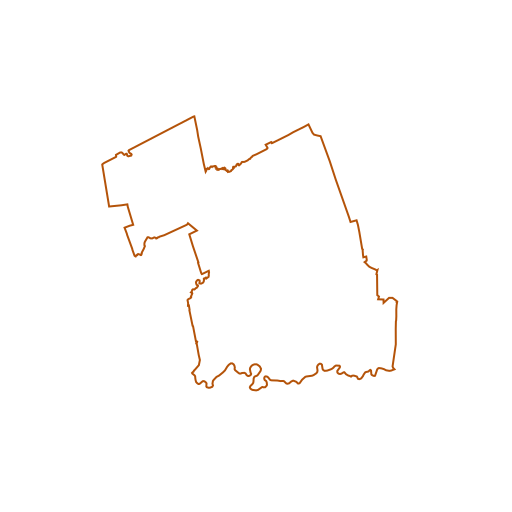 Corbii Mari, Dâmbovita, Romania, rotated 125°
{"feature_id": "2599482B2224953601134", "entity_name": "Corbii Mari", "entity_type": "district", "adm_level": 2, "iso_a3": "ROU", "parent_name": "Romania", "parent_adm1": "Dâmbovita", "projection": "robinson", "projection_center": [25.473, 44.533], "detail": "fine", "context": "isolated", "style": "outline", "palette": "amber", "viewbox_px": 512, "rotation_deg": 125, "n_neighbors": 0, "source": "geoboundaries", "source_scale": "gbopen_adm2", "svg_char_len": 6114}
<svg xmlns="http://www.w3.org/2000/svg" viewBox="0 0 512 512"><g transform="rotate(125 256 256)"><path d="M269.3,434.4L299.7,404.7L291.8,395.5L287.5,391.0L289.2,389.3L300.9,374.5L303.6,376.8L308.2,379.9L311.8,374.6L312.6,373.7L321.1,361.5L321.8,360.8L325.4,355.7L325.5,354.9L325.4,354.3L324.1,354.4L323.6,353.9L323.1,354.1L322.0,353.7L321.8,352.7L321.2,351.7L321.4,351.1L321.3,350.8L321.0,350.6L319.6,350.9L319.0,351.4L318.1,351.6L314.7,352.0L311.6,352.7L311.2,353.6L309.4,354.8L308.0,355.2L302.9,355.6L302.4,355.0L302.2,354.2L302.1,352.6L301.1,351.1L299.1,350.0L298.6,348.4L298.9,347.8L298.6,347.5L298.0,347.2L297.4,347.2L296.8,346.9L296.5,346.4L295.6,346.2L291.6,343.1L270.3,330.7L269.3,330.4L268.2,330.5L269.1,319.0L276.5,323.1L284.0,313.5L294.3,299.5L294.8,299.6L301.4,291.1L301.5,290.7L301.9,290.0L301.7,289.8L295.2,286.2L296.3,285.1L298.2,284.2L299.0,283.5L300.3,282.9L302.6,283.7L302.3,284.0L302.3,284.6L302.6,284.8L303.4,285.0L304.2,285.7L304.5,285.7L304.9,285.0L305.6,285.0L306.2,284.4L307.6,284.1L308.5,284.2L310.1,285.1L310.7,286.1L310.8,286.7L309.8,287.3L309.2,287.5L308.4,288.2L308.6,289.4L308.8,289.8L309.2,290.1L310.4,290.3L311.8,290.2L312.8,289.3L313.6,288.2L313.7,287.5L313.4,287.1L313.4,286.7L313.9,286.3L315.9,286.3L317.0,286.9L318.3,287.1L318.8,287.3L319.4,288.5L320.2,288.8L322.1,288.2L323.1,288.4L323.1,288.0L322.7,287.4L323.2,286.7L326.6,286.0L326.8,285.5L327.3,285.4L328.0,285.5L330.2,286.7L331.4,286.8L333.5,284.6L335.7,283.2L335.0,282.6L338.2,279.5L338.6,279.5L349.3,268.2L349.2,268.1L349.9,267.0L360.4,256.2L359.9,255.8L359.9,255.0L360.8,254.7L362.0,254.7L362.1,254.4L361.9,254.2L369.8,246.3L373.4,242.3L378.2,240.2L384.1,240.8L385.6,241.1L386.5,240.8L387.5,241.2L388.5,241.3L388.8,240.7L389.0,237.9L389.4,236.9L391.2,235.4L392.5,234.1L393.6,232.7L393.9,231.2L393.9,229.8L393.5,229.2L392.6,228.7L390.0,228.1L388.8,227.6L388.2,226.3L388.3,224.6L388.7,223.5L391.3,221.9L391.7,221.1L391.1,219.2L390.2,218.1L388.2,216.8L386.7,217.0L385.6,218.4L383.1,219.6L381.8,219.6L377.7,219.0L375.2,217.7L370.3,216.3L367.5,215.8L363.2,216.1L360.8,215.9L358.5,215.1L357.6,213.8L357.6,212.1L358.3,210.7L359.5,209.4L360.9,208.7L361.5,207.6L361.8,203.6L361.8,202.2L361.1,201.1L359.9,200.4L358.3,198.4L358.2,197.1L358.9,195.5L359.0,194.2L358.7,193.4L357.8,192.6L356.4,192.1L355.7,192.2L355.2,192.5L354.6,193.6L352.2,196.1L351.0,196.6L349.2,196.7L347.7,196.4L346.7,195.9L345.5,195.0L344.4,193.4L344.2,192.2L344.3,189.6L345.5,187.2L346.7,186.6L347.9,186.3L352.4,186.3L353.6,186.6L355.1,187.7L356.0,188.0L357.6,187.7L360.6,185.9L361.6,185.5L363.2,185.5L365.5,186.0L367.0,185.8L367.8,184.7L367.9,183.2L367.7,182.1L366.0,178.8L364.5,177.5L360.0,175.9L359.6,175.6L359.3,174.6L358.2,173.2L355.9,172.9L355.0,173.3L353.3,174.8L352.6,176.0L352.6,177.7L352.1,178.5L351.5,179.1L350.6,179.5L349.8,179.5L349.3,179.3L348.8,178.6L348.4,177.5L348.5,176.3L349.3,173.7L349.3,172.9L348.9,171.9L345.7,167.0L344.4,164.2L342.8,162.1L342.5,161.1L342.9,158.9L343.0,158.1L342.7,157.1L341.4,155.9L338.5,155.1L336.8,154.1L336.7,153.9L336.0,151.1L336.1,149.8L336.4,148.8L336.3,148.3L335.5,147.5L334.8,147.3L330.9,147.3L326.7,146.3L325.8,145.6L321.9,141.4L320.5,140.5L317.4,139.3L315.8,139.3L314.4,140.0L312.2,142.1L311.4,142.5L310.4,142.7L309.0,142.6L307.6,142.0L307.1,140.9L307.2,139.7L310.4,136.6L310.8,135.6L310.8,134.8L310.7,133.9L309.1,132.0L305.9,129.7L304.4,128.9L302.8,128.5L301.6,128.4L300.3,127.9L299.8,127.6L298.0,124.7L298.2,124.1L298.5,123.7L299.3,123.4L303.4,123.5L304.4,122.9L304.9,122.1L305.0,121.3L304.9,120.3L304.3,119.3L303.3,118.5L301.2,117.6L300.6,117.1L300.6,116.7L301.2,114.5L301.0,111.7L300.5,110.5L300.3,109.0L299.1,108.7L298.3,107.9L297.8,107.1L296.9,104.3L297.1,103.7L298.1,102.1L297.7,100.8L296.5,99.9L295.7,99.6L293.0,99.5L291.4,99.8L288.7,99.8L288.0,99.4L286.2,97.7L284.0,97.2L283.7,97.0L283.8,96.1L286.7,93.7L287.0,93.0L286.8,91.3L286.5,90.4L285.8,89.8L279.3,91.7L277.7,91.4L277.2,90.9L276.1,88.8L275.3,86.3L275.0,83.9L273.6,80.9L272.4,79.6L269.4,77.6L269.0,79.5L268.1,80.8L248.2,90.8L235.6,99.7L229.3,103.9L228.3,104.3L225.0,106.4L219.2,110.5L215.5,112.7L212.7,114.0L213.0,114.4L212.2,114.9L212.0,120.2L214.0,123.0L221.2,124.6L218.5,126.6L221.4,131.1L218.7,132.0L218.5,134.2L201.9,146.1L201.9,146.9L197.8,148.5L198.5,148.8L198.6,150.5L199.5,154.6L199.8,157.1L199.4,159.6L198.8,162.1L198.7,163.5L196.3,162.7L195.6,163.1L193.2,165.4L195.5,167.3L193.6,169.1L190.3,171.8L189.4,172.2L189.3,173.1L177.1,185.1L172.1,190.3L169.1,194.1L173.9,198.1L170.7,202.3L147.6,234.6L136.1,249.9L120.8,271.8L122.1,274.8L123.3,278.1L122.7,280.4L118.1,288.5L122.6,290.7L133.2,296.5L138.4,298.9L154.2,307.5L154.5,307.8L153.9,308.5L153.9,308.9L159.3,311.9L160.8,308.6L161.2,308.4L162.4,308.6L172.3,313.9L176.0,316.2L176.8,316.1L178.6,316.7L179.7,316.5L180.5,317.2L182.5,317.7L185.5,319.4L187.0,321.4L187.7,321.5L188.6,321.3L191.4,321.8L191.6,322.1L191.6,322.5L190.7,323.4L190.9,323.8L191.3,324.1L192.2,324.3L194.1,323.9L195.5,325.0L195.7,325.5L196.0,325.8L197.0,325.4L197.1,325.2L197.0,324.7L198.9,324.9L199.8,325.4L200.8,325.2L202.4,326.2L202.8,326.7L202.6,327.2L203.1,327.4L202.3,328.4L203.1,328.8L202.9,329.8L203.0,330.3L202.4,330.8L202.8,331.3L201.8,331.5L201.7,332.5L202.8,333.1L203.8,333.0L204.1,333.4L203.4,334.0L205.1,335.0L205.5,335.6L206.5,335.8L207.1,336.3L206.7,336.9L207.4,337.3L207.2,337.5L206.7,337.6L207.0,338.1L206.6,338.2L206.5,338.4L207.0,338.8L206.2,339.2L206.5,339.8L205.9,339.9L205.5,340.4L205.5,340.8L205.8,341.3L207.1,342.4L207.7,343.1L208.3,343.1L208.4,344.2L209.7,344.5L210.4,344.4L211.1,344.7L211.4,344.3L211.6,344.3L211.7,344.5L211.5,345.0L211.6,345.3L212.1,345.3L211.9,345.8L212.5,345.8L212.7,346.3L213.2,346.7L214.5,346.5L214.5,346.0L214.7,345.7L215.8,345.6L210.6,351.5L199.8,362.7L191.3,371.9L186.6,376.4L177.0,386.6L177.7,387.2L180.0,388.4L242.2,420.8L242.9,420.8L243.9,419.2L244.1,418.1L243.9,416.8L244.2,416.1L245.3,415.8L247.6,417.8L247.7,418.7L247.6,419.1L246.7,420.0L246.4,420.6L246.9,421.1L248.7,421.8L248.8,422.3L248.3,424.3L248.2,425.0L248.3,425.6L249.2,426.7L253.5,428.7L254.8,427.5L255.1,427.5L266.8,433.7L268.7,434.4L269.3,434.4Z" fill="none" stroke="#b45309" stroke-width="2"/></g></svg>